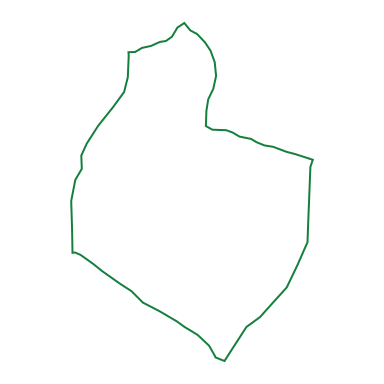 outline of Danderyd, Stockholm, Sweden
{"feature_id": "70781695B902417386827", "entity_name": "Danderyd", "entity_type": "district", "adm_level": 2, "iso_a3": "SWE", "parent_name": "Sweden", "parent_adm1": "Stockholm", "projection": "mercator", "projection_center": [18.042, 59.411], "detail": "fine", "context": "isolated", "style": "outline", "palette": "green", "viewbox_px": 384, "rotation_deg": 0, "n_neighbors": 0, "source": "geoboundaries", "source_scale": "gbopen_adm2", "svg_char_len": 900}
<svg xmlns="http://www.w3.org/2000/svg" viewBox="0 0 384 384"><path d="M224.5,361.0L232.0,349.3L246.4,327.0L260.1,317.0L273.0,302.6L286.7,287.5L297.4,265.2L307.5,242.2L308.2,222.8L310.4,166.8L312.8,159.8L295.2,154.1L286.4,151.8L273.1,146.8L264.4,145.4L256.5,142.2L251.0,138.9L239.5,136.6L232.6,132.5L226.2,130.2L212.4,129.7L205.9,126.1L206.4,110.9L208.2,99.4L213.3,88.8L216.1,75.9L214.7,62.1L210.5,50.6L205.0,42.4L197.2,34.1L190.3,30.4L184.3,23.0L177.4,27.6L171.9,36.8L165.9,41.0L160.0,41.9L150.8,46.0L142.0,47.9L135.1,52.0L128.5,52.2L128.7,56.2L127.8,77.3L124.1,92.0L113.0,107.2L98.3,125.6L86.8,143.5L81.3,155.5L81.8,168.8L75.3,179.9L71.2,201.0L72.1,230.0L72.5,252.8L74.9,252.5L80.4,254.8L93.3,264.0L102.0,271.0L119.2,283.2L131.4,291.1L142.9,302.6L159.5,311.2L176.7,321.3L184.6,327.0L197.6,334.9L209.1,345.7L214.9,355.9L215.5,357.4L224.5,361.0Z" fill="none" stroke="#15803d" stroke-width="2"/></svg>